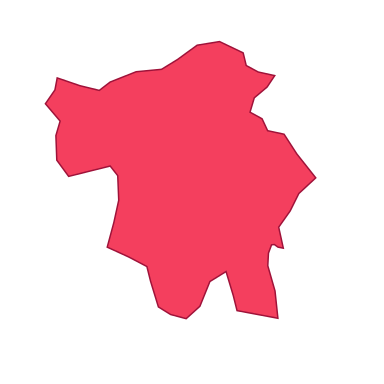 the District of Priština, rotated 76°
{"feature_id": "KOS-5902", "entity_name": "Priština", "entity_type": "District", "adm_level": 1, "iso_a3": "XKX", "parent_name": "Kosovo", "parent_adm1": "", "projection": "albers", "projection_center": [21.268, 42.679], "detail": "fine", "context": "isolated", "style": "filled", "palette": "rose", "viewbox_px": 384, "rotation_deg": 76, "n_neighbors": 0, "source": "natural_earth", "source_scale": "10m", "svg_char_len": 831}
<svg xmlns="http://www.w3.org/2000/svg" viewBox="0 0 384 384"><g transform="rotate(76 192 192)"><path d="M268.6,117.0L266.3,121.9L262.9,124.8L262.5,127.6L269.8,132.6L281.9,136.3L290.8,136.0L308.1,135.4L335.3,139.2L318.0,177.0L302.5,177.0L277.4,178.2L283.2,196.3L304.8,212.0L313.5,228.3L305.7,242.4L295.4,252.4L268.4,253.8L253.4,253.8L239.6,269.3L225.0,287.6L202.7,275.2L182.3,265.1L158.2,260.1L147.0,265.1L147.0,287.8L147.0,307.9L128.4,315.5L104.3,310.4L91.3,302.8L70.9,312.9L59.8,300.3L48.7,295.2L61.7,275.1L71.0,257.4L65.5,244.8L61.8,217.1L65.6,191.9L60.0,174.2L50.8,151.5L52.7,128.9L69.4,108.7L82.4,108.8L91.6,98.7L99.1,83.6L108.3,93.7L115.7,108.8L128.6,116.4L137.9,106.3L150.8,103.8L158.2,88.7L180.4,81.1L208.2,68.5L219.3,88.7L234.1,101.3L247.1,116.4L268.6,117.0Z" fill="#f43f5e" stroke="#9f1239" stroke-width="1.5"/></g></svg>